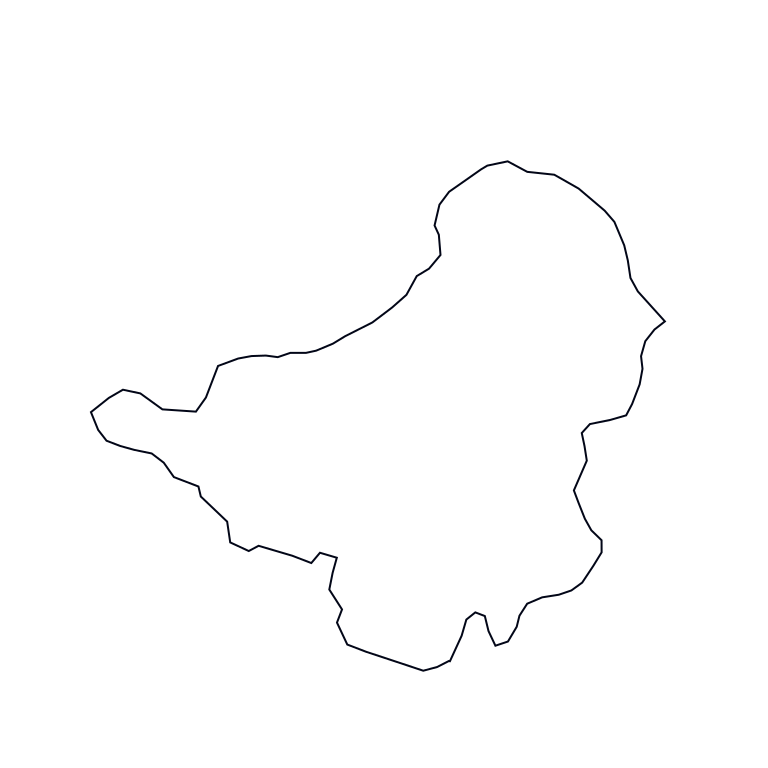 the district of Danyang-gun, North Chungcheong, South Korea, rotated 201°
{"feature_id": "91817680B46750425552975", "entity_name": "Danyang-gun", "entity_type": "district", "adm_level": 2, "iso_a3": "KOR", "parent_name": "South Korea", "parent_adm1": "North Chungcheong", "projection": "robinson", "projection_center": [128.397, 36.972], "detail": "fine", "context": "isolated", "style": "outline", "palette": "ink", "viewbox_px": 768, "rotation_deg": 201, "n_neighbors": 0, "source": "geoboundaries", "source_scale": "gbopen_adm2", "svg_char_len": 1426}
<svg xmlns="http://www.w3.org/2000/svg" viewBox="0 0 768 768"><g transform="rotate(201 384 384)"><path d="M223.1,148.8L221.3,176.8L222.7,193.6L216.9,203.5L206.7,203.5L197.9,190.8L186.2,179.6L176.0,188.0L173.1,204.9L174.5,216.2L171.6,230.2L159.9,241.5L145.3,249.9L135.1,258.4L127.8,269.6L123.4,289.3L120.5,304.8L124.9,316.1L138.0,321.7L148.2,330.2L159.9,342.9L168.6,352.7L167.2,385.1L174.5,397.8L181.8,409.1L177.4,420.4L159.8,431.6L146.7,441.5L145.2,454.2L145.2,475.3L148.1,490.8L154.0,502.1L155.4,517.6L151.0,531.8L144.2,543.1L180.2,561.4L191.9,571.3L200.7,586.8L209.4,599.5L227.0,617.9L240.1,624.9L272.3,636.2L300.0,640.4L302.7,639.7L326.3,633.4L348.3,636.2L365.8,624.9L370.2,619.3L392.1,586.8L396.5,571.3L393.6,550.1L386.3,543.0L377.5,524.7L383.3,507.8L392.1,496.5L395.0,475.3L403.8,458.4L416.9,437.3L437.4,414.7L446.1,403.4L459.3,390.8L468.0,385.1L482.6,379.5L492.8,371.0L504.5,368.2L517.7,362.6L529.3,355.5L545.4,341.4L545.4,326.0L545.4,307.6L549.7,290.8L581.8,280.9L608.1,287.9L625.7,285.1L635.9,272.4L647.5,252.7L634.4,238.7L622.7,231.6L608.1,231.6L593.5,233.0L576.0,235.9L561.4,231.6L546.8,221.8L538.0,221.8L520.5,221.8L514.7,213.3L481.1,199.3L470.8,181.0L450.4,179.6L443.1,188.0L408.1,190.8L387.7,190.8L383.3,203.5L365.8,204.9L364.3,189.4L361.4,172.5L342.4,158.5L342.4,144.4L324.9,127.6L304.5,127.6L275.3,129.0L244.6,130.4L233.0,138.8L224.2,148.6L223.1,148.8Z" fill="none" stroke="#020617" stroke-width="2"/></g></svg>